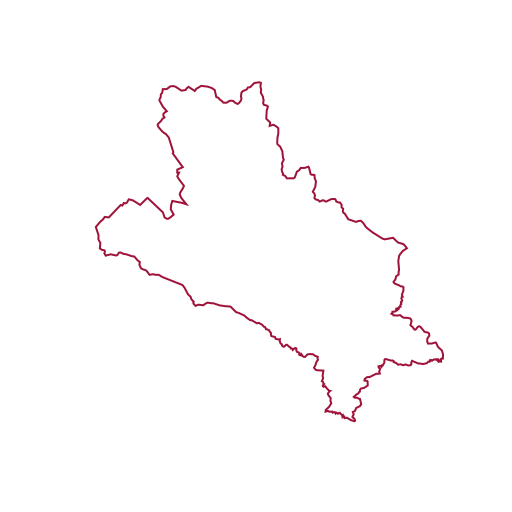 the district of Yen Binh, Yên Bái, Vietnam, rotated 341°
{"feature_id": "81297802B76693228184167", "entity_name": "Yen Binh", "entity_type": "district", "adm_level": 2, "iso_a3": "VNM", "parent_name": "Vietnam", "parent_adm1": "Yên Bái", "projection": "albers", "projection_center": [104.951, 21.859], "detail": "fine", "context": "isolated", "style": "outline", "palette": "rose", "viewbox_px": 512, "rotation_deg": 341, "n_neighbors": 0, "source": "geoboundaries", "source_scale": "gbopen_adm2", "svg_char_len": 6124}
<svg xmlns="http://www.w3.org/2000/svg" viewBox="0 0 512 512"><g transform="rotate(341 256 256)"><path d="M390.6,382.5L388.6,376.9L387.7,375.7L386.0,375.6L383.1,377.5L382.4,377.5L381.7,376.8L381.0,374.2L379.5,371.7L381.9,368.2L381.9,366.4L381.5,365.3L379.3,363.9L375.7,362.5L374.5,361.3L373.1,358.9L369.9,358.2L366.6,356.8L366.5,355.6L365.3,354.7L366.3,354.2L366.9,353.1L369.0,353.8L370.8,353.4L370.8,352.9L371.7,353.2L371.6,351.5L373.1,351.6L372.6,352.2L373.1,352.4L373.5,351.7L374.0,352.0L374.3,351.1L376.0,351.0L375.8,350.6L376.1,349.8L377.7,348.8L377.7,348.1L378.2,347.5L377.9,347.2L378.4,346.4L379.7,345.9L379.7,343.2L380.5,342.2L381.4,342.3L381.3,340.2L383.9,337.0L385.3,333.6L384.8,332.7L382.7,331.6L381.6,330.1L378.6,327.7L377.5,325.9L377.7,325.1L380.2,323.5L381.9,320.8L384.8,320.0L385.7,317.3L386.7,315.9L388.9,307.1L391.2,302.7L392.7,301.3L396.7,298.9L401.2,297.8L400.6,295.8L399.3,292.8L394.6,289.4L391.5,283.4L383.2,282.2L381.3,280.8L373.9,271.6L371.0,267.2L369.3,264.3L368.2,259.8L366.7,256.9L364.0,256.2L361.8,256.4L355.2,251.3L353.7,244.7L352.6,243.4L352.7,241.8L353.8,239.7L352.8,237.9L353.6,235.3L352.8,232.7L351.7,232.4L349.7,230.7L349.6,228.7L349.2,227.8L345.7,226.7L340.1,227.4L338.9,226.6L338.6,225.8L337.2,225.0L334.0,225.3L332.9,223.3L330.8,221.9L330.1,220.1L331.5,217.9L331.5,215.9L330.6,213.8L334.6,209.9L337.0,204.9L336.8,201.3L337.7,198.7L337.2,198.1L335.1,197.3L334.3,196.4L334.9,189.8L334.6,188.6L330.9,188.6L326.9,187.3L325.0,188.8L322.1,189.6L318.2,194.4L316.9,194.8L310.4,192.6L309.8,190.0L307.8,188.0L308.4,186.8L308.1,184.6L308.5,182.3L310.2,180.1L310.7,176.8L313.6,174.0L313.4,172.3L315.0,165.6L314.5,160.5L312.7,157.5L312.7,156.5L314.6,151.5L317.0,147.4L318.7,142.5L317.4,140.1L315.2,137.6L311.3,137.4L312.9,134.4L310.4,129.5L313.5,121.9L315.9,118.7L315.1,117.2L312.7,115.7L312.5,113.9L314.1,110.8L314.0,109.2L314.5,108.0L313.7,103.1L315.0,100.5L315.4,97.0L317.0,94.0L315.7,92.8L310.7,91.9L305.5,94.5L303.2,94.0L301.5,95.5L297.2,95.8L295.4,96.8L293.7,100.3L293.6,102.2L292.3,104.2L289.3,106.0L288.0,106.2L285.8,103.8L285.1,102.1L282.8,100.9L280.8,100.8L278.0,101.5L275.1,100.4L274.1,98.2L272.8,96.5L271.9,94.1L270.2,92.8L271.0,85.6L268.8,82.7L265.4,80.1L259.6,77.3L254.0,78.5L251.8,80.0L247.3,74.1L245.0,74.9L243.5,76.1L239.4,75.4L235.1,69.8L233.1,68.4L230.4,67.7L225.9,69.1L222.2,67.9L220.5,71.1L218.7,72.2L217.5,74.9L215.7,76.6L215.3,77.6L216.6,84.7L218.8,90.1L216.4,90.6L214.7,91.5L214.1,93.3L214.5,95.3L212.4,95.7L210.0,97.5L206.2,99.3L205.6,100.3L205.8,102.5L207.5,106.8L209.1,109.8L210.3,110.9L212.1,115.5L211.7,130.4L211.6,131.1L210.7,131.9L215.7,148.2L209.7,148.7L208.7,151.5L210.4,152.1L207.5,155.0L208.1,158.3L210.7,166.1L209.7,167.5L205.1,171.3L203.9,173.0L204.3,176.9L207.0,184.4L203.2,181.6L194.8,176.7L192.5,179.9L190.6,184.1L191.6,190.1L187.3,191.7L184.9,192.2L183.8,191.7L182.1,189.7L182.2,184.5L172.5,165.9L171.7,165.9L163.1,170.0L157.7,163.3L154.2,161.0L151.1,163.6L149.6,163.8L148.3,162.8L146.1,164.8L144.7,163.7L129.4,171.6L125.7,169.8L123.0,171.7L120.1,172.8L114.0,176.4L113.9,184.9L112.4,189.0L113.1,193.0L110.8,198.0L112.4,200.1L114.3,201.1L114.7,201.8L114.6,202.6L113.5,204.1L114.0,206.7L119.2,207.1L123.9,210.0L125.3,209.9L127.5,208.2L128.9,208.5L131.7,211.1L133.7,212.0L138.6,215.8L140.8,216.9L142.6,221.5L144.2,223.9L142.9,226.3L143.3,230.2L145.3,232.3L146.7,233.1L147.8,234.6L149.2,239.1L153.0,239.8L154.5,240.9L158.0,242.2L160.6,245.4L177.0,259.5L178.1,262.7L179.2,270.1L180.9,273.3L180.8,275.7L182.2,279.1L181.5,279.8L181.4,280.7L182.6,283.5L185.4,283.2L190.1,285.4L193.2,284.5L195.2,284.4L198.9,286.4L200.1,286.7L205.5,290.8L211.7,294.0L214.8,295.1L215.6,295.9L218.9,302.6L220.9,304.0L225.6,308.5L227.1,311.3L229.7,314.9L230.9,315.2L234.9,319.9L236.8,320.1L239.5,323.1L240.3,325.3L241.5,326.2L241.6,328.5L242.4,328.8L244.3,330.6L244.3,331.9L245.1,333.5L244.4,335.6L244.5,336.8L247.6,338.8L247.6,340.7L250.4,342.4L251.5,342.4L250.8,343.8L250.7,346.7L251.6,347.8L251.5,349.6L252.8,350.9L255.5,349.8L256.4,350.0L258.0,352.9L258.9,353.7L258.8,354.8L260.3,355.6L260.3,356.8L262.2,355.9L263.6,355.9L264.0,356.7L263.4,358.4L263.4,359.8L265.5,361.6L265.6,362.3L264.8,362.9L264.8,363.6L266.1,364.6L267.0,363.8L267.3,365.4L268.4,367.0L269.5,367.4L272.6,365.8L275.1,366.3L277.9,367.5L279.5,369.8L281.6,371.4L280.9,372.7L280.7,374.4L278.5,376.0L276.7,378.5L274.5,380.5L275.2,382.7L276.3,383.8L282.4,386.3L279.9,391.1L279.7,393.3L277.6,395.8L278.2,396.2L278.3,398.2L278.8,399.2L277.1,400.1L276.8,400.9L277.4,401.7L279.2,401.7L279.5,403.2L281.2,407.1L282.2,407.7L280.7,408.3L279.1,409.6L279.2,411.6L280.4,414.6L279.2,417.2L279.3,419.6L276.2,422.3L271.9,424.2L271.1,425.8L273.7,425.9L274.6,427.1L277.5,428.0L277.3,428.7L277.5,429.1L279.6,429.2L280.0,430.9L281.0,430.3L282.1,431.8L283.2,431.4L284.2,431.6L284.2,432.3L285.6,434.2L285.4,436.0L286.4,435.1L286.5,436.8L287.2,436.7L287.1,438.2L289.3,438.5L292.4,442.2L295.4,444.3L296.1,443.9L296.1,441.9L294.8,439.9L294.9,439.3L296.8,437.6L296.8,435.0L299.0,434.8L301.3,432.3L305.4,431.8L307.2,430.4L307.8,425.0L306.6,424.3L305.6,423.0L303.4,422.2L302.6,421.1L305.9,419.6L308.0,419.3L308.9,418.3L310.0,418.1L310.8,416.4L311.9,415.5L315.4,415.9L319.5,414.8L320.7,410.9L320.3,410.3L318.0,409.1L318.6,407.8L321.2,406.8L322.8,406.9L323.7,407.5L331.1,406.5L334.8,407.5L334.9,405.3L336.6,403.2L335.7,401.3L335.9,400.2L337.7,400.4L338.5,401.7L339.3,400.4L340.0,400.9L342.7,398.5L343.5,396.2L344.1,395.6L345.2,395.7L349.7,398.9L351.1,399.2L352.0,400.3L351.6,401.2L353.6,402.6L354.9,405.0L357.5,405.5L359.7,407.3L361.8,407.1L364.4,409.1L366.6,409.6L367.5,409.1L368.1,407.4L369.4,405.9L374.6,410.6L376.2,411.1L378.5,412.5L382.6,413.0L384.5,412.0L385.8,412.5L386.8,412.1L386.5,411.3L386.8,411.0L387.7,411.7L389.0,411.4L388.3,412.0L388.5,412.3L390.7,411.7L391.6,412.3L392.7,412.2L393.3,413.5L394.1,412.8L394.6,412.9L395.3,414.5L394.2,414.8L394.2,415.5L395.6,415.5L396.6,416.1L397.3,413.6L398.2,413.4L399.2,413.9L399.6,413.1L400.8,409.9L401.0,405.9L398.5,401.2L398.0,396.5L397.6,396.2L393.8,396.0L390.1,394.8L390.0,392.8L391.0,390.0L393.9,387.8L394.4,385.9L394.0,384.7L390.6,382.5Z" fill="none" stroke="#9f1239" stroke-width="2"/></g></svg>